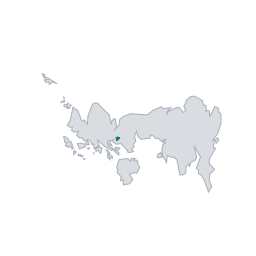 United Kingdom, with East Renfrewshire highlighted, rotated 292°
{"feature_id": "GBR-2003", "entity_name": "East Renfrewshire", "entity_type": "Unitary District", "adm_level": 1, "iso_a3": "GBR", "parent_name": "United Kingdom", "parent_adm1": "", "projection": "orthographic", "projection_center": [-4.331, 55.752], "detail": "fine", "context": "in_parent", "style": "filled", "palette": "teal", "viewbox_px": 256, "rotation_deg": 292, "n_neighbors": 0, "source": "natural_earth", "source_scale": "10m", "svg_char_len": 3964}
<svg xmlns="http://www.w3.org/2000/svg" viewBox="0 0 256 256"><g transform="rotate(292 128 128)"><path d="M136.1,196.0L126.4,202.7L123.3,202.3L119.5,199.0L115.6,199.5L117.2,197.8L113.8,196.3L107.9,198.4L105.4,196.9L103.9,193.7L116.5,185.5L118.4,181.6L117.3,180.4L117.0,174.7L110.5,176.7L115.2,170.5L120.7,167.5L125.5,166.7L128.1,168.2L127.3,165.8L128.4,165.2L130.0,167.4L131.9,167.2L128.3,163.6L129.8,159.5L128.4,157.5L130.0,155.3L130.2,151.3L127.0,152.3L122.4,144.3L123.7,140.4L128.2,137.0L122.7,137.2L118.4,140.3L115.3,139.1L112.5,140.7L109.3,139.1L108.3,142.0L105.9,138.9L105.6,136.5L106.8,136.5L110.9,127.1L108.6,123.4L109.4,119.1L111.9,119.0L109.2,116.9L109.6,114.9L105.3,119.9L105.3,116.6L107.6,113.5L103.6,117.4L103.5,122.0L101.6,129.0L99.4,129.5L102.3,121.4L101.1,121.2L102.1,113.1L105.8,103.8L101.0,107.9L96.2,104.4L100.4,102.0L99.1,101.1L101.8,97.4L102.2,95.0L99.9,92.3L99.9,90.7L102.1,89.3L100.5,87.0L101.9,83.1L106.4,83.2L103.9,79.7L104.7,76.6L107.9,76.1L107.1,73.9L107.9,70.6L113.5,71.6L126.7,69.2L125.3,75.0L117.8,81.8L117.4,83.7L119.1,84.3L116.4,88.8L124.7,86.3L136.7,86.1L138.8,87.7L139.7,90.2L133.0,105.9L124.9,111.1L129.2,110.4L131.6,111.8L131.4,113.0L124.4,117.3L120.0,116.1L127.7,118.6L132.3,117.1L137.0,119.3L142.3,125.2L147.4,141.0L153.6,144.4L160.3,151.1L159.1,153.0L163.0,160.4L158.7,158.3L154.5,158.7L158.5,159.1L165.1,165.3L166.2,168.4L163.1,173.3L165.8,175.0L168.7,171.8L176.6,172.0L181.1,174.8L182.4,177.9L181.4,186.5L177.5,189.5L178.2,191.8L172.4,194.4L174.1,195.0L174.2,197.2L169.0,199.5L180.5,200.5L180.5,203.8L176.7,206.6L175.8,208.9L167.3,212.5L155.8,213.2L148.3,211.1L149.3,212.5L141.3,214.5L142.2,216.3L141.3,216.8L130.0,215.0L125.3,216.6L122.1,223.8L116.1,221.1L109.8,222.9L105.1,227.5L98.8,226.7L107.9,218.5L111.5,214.0L112.2,210.3L114.9,209.4L116.1,206.5L128.3,206.0L136.1,196.0ZM96.2,153.6L89.4,153.2L89.5,151.3L85.8,146.7L82.2,151.6L79.1,151.2L76.5,149.8L73.6,145.2L77.9,142.9L76.4,140.9L80.3,139.8L82.3,135.1L84.0,134.0L85.2,134.8L86.9,132.4L91.9,131.5L95.6,132.0L99.7,139.5L98.0,142.7L101.1,142.4L102.3,145.4L102.1,146.5L100.1,144.5L100.2,147.6L101.3,147.8L100.7,149.6L98.4,150.2L96.2,153.6ZM96.4,74.1L95.1,77.3L92.8,79.0L94.0,80.3L88.6,85.1L87.5,83.9L89.8,82.0L87.9,80.4L88.6,79.6L87.6,78.7L88.3,76.4L91.2,77.1L90.8,75.0L96.1,71.5L96.4,74.1ZM96.5,89.9L96.5,93.4L101.1,95.1L97.9,98.4L97.5,95.5L94.6,95.4L90.4,90.9L94.5,86.9L96.5,89.9ZM141.3,32.4L143.3,35.9L144.3,35.3L142.5,45.8L142.3,40.8L138.8,38.6L141.4,37.5L139.5,34.6L141.3,32.4ZM99.7,111.4L94.2,112.2L96.1,108.6L94.3,107.1L96.5,105.7L99.9,108.7L99.7,111.4ZM114.6,165.5L117.6,167.5L114.0,170.7L112.0,168.3L111.9,166.0L114.6,165.5ZM95.9,118.9L96.2,123.9L93.9,124.8L94.0,121.6L92.0,123.1L92.9,120.2L95.9,118.9ZM126.6,60.7L126.4,62.4L129.4,63.3L125.5,64.0L123.7,62.2L124.7,59.9L126.6,60.7ZM106.4,128.0L104.0,127.4L103.7,123.9L105.6,123.5L106.4,128.0ZM152.6,214.7L150.5,216.7L146.8,215.4L149.6,213.3L152.6,214.7ZM97.5,121.1L96.5,119.6L100.1,115.5L99.4,117.6L97.5,121.1ZM86.2,86.3L87.2,87.4L86.3,89.0L83.0,87.6L86.2,86.3ZM85.3,96.7L84.0,96.4L83.9,91.7L85.3,92.0L85.3,96.7ZM144.3,34.1L143.1,32.5L143.6,30.3L144.6,30.9L144.3,34.1ZM129.6,59.0L128.8,59.5L126.5,56.5L127.2,56.1L129.6,59.0ZM125.6,66.3L124.5,66.5L123.4,64.2L124.5,64.3L125.6,66.3ZM146.4,28.5L146.1,30.9L145.2,30.7L145.1,28.6L146.4,28.5ZM132.4,57.4L130.2,58.2L132.6,56.9L132.4,57.4ZM94.9,99.8L94.2,100.0L93.4,98.8L94.5,98.2L94.9,99.8ZM128.1,65.6L127.4,67.0L126.8,65.8L128.1,65.6ZM92.2,106.0L90.8,106.5L92.7,105.3L92.2,106.0ZM83.5,99.4L82.6,99.6L82.2,99.2L83.1,98.4L83.5,99.4Z" fill="#d9dde1" stroke="#a8b0b8" stroke-width="1"/><path d="M112.5,122.3L112.5,122.2L112.8,122.0L113.3,121.8L113.9,121.4L114.2,121.2L114.2,121.5L114.3,121.7L114.6,121.7L114.9,121.6L115.1,121.5L115.4,121.7L115.4,121.8L115.4,122.1L115.2,122.3L115.3,122.5L115.5,122.6L115.6,122.8L115.6,123.0L115.6,123.3L115.6,123.6L115.4,123.6L115.0,123.6L114.3,123.2L112.6,122.5L112.5,122.3Z" fill="#14b8a6" stroke="#0f766e" stroke-width="1.5"/></g></svg>